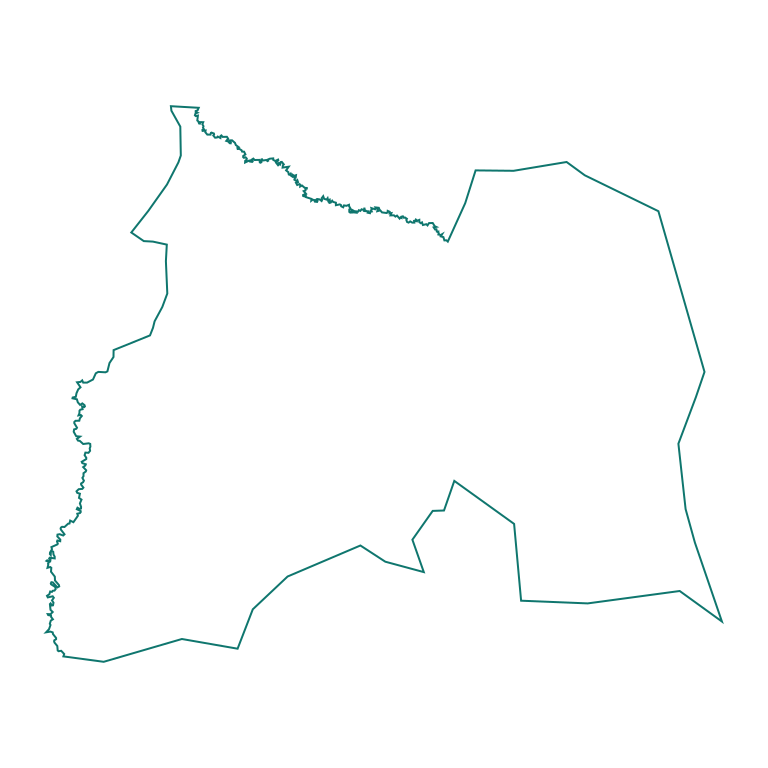 the district of Xongor, Darhan-Uul, Mongolia
{"feature_id": "93677404B92664087509678", "entity_name": "Xongor", "entity_type": "district", "adm_level": 2, "iso_a3": "MNG", "parent_name": "Mongolia", "parent_adm1": "Darhan-Uul", "projection": "orthographic", "projection_center": [106.116, 49.386], "detail": "fine", "context": "isolated", "style": "outline", "palette": "teal", "viewbox_px": 768, "rotation_deg": 0, "n_neighbors": 0, "source": "geoboundaries", "source_scale": "gbopen_adm2", "svg_char_len": 5943}
<svg xmlns="http://www.w3.org/2000/svg" viewBox="0 0 768 768"><path d="M423.8,572.1L412.4,539.7L432.7,510.9L444.0,510.5L454.3,480.9L514.1,523.9L521.1,600.7L587.7,603.4L679.7,591.0L721.9,621.5L694.9,542.6L685.6,509.1L678.4,443.7L695.9,397.1L704.5,371.9L658.4,211.2L584.8,175.3L566.6,162.0L513.6,170.8L475.6,170.4L465.2,203.2L447.8,241.6L446.4,240.3L444.4,240.4L443.4,237.1L440.8,236.4L442.1,234.2L440.7,235.0L438.4,234.5L438.8,233.2L438.1,232.4L438.3,231.5L436.8,231.5L436.4,229.3L435.1,229.5L433.7,227.4L436.2,226.9L434.7,226.2L432.7,223.0L429.0,223.1L427.5,225.4L426.3,224.2L422.9,225.0L422.0,222.4L420.8,223.2L419.4,222.2L419.3,219.9L417.4,220.7L415.8,219.5L415.4,220.2L416.1,221.2L414.1,221.0L414.3,222.6L412.2,222.6L410.2,221.4L408.6,222.6L407.1,222.0L406.3,219.9L406.9,218.8L405.0,217.5L404.0,217.8L402.9,216.3L401.4,216.7L401.5,218.0L400.4,217.6L399.6,218.6L397.0,215.6L395.4,216.6L393.9,215.3L390.5,215.4L391.4,213.1L389.6,213.4L389.7,211.8L387.7,210.9L387.5,212.5L386.6,213.0L382.0,212.4L380.3,210.4L377.3,211.2L377.9,208.7L379.1,208.6L378.8,207.8L375.4,207.4L375.9,208.5L375.2,209.3L371.4,208.1L371.8,209.5L371.0,210.3L371.7,211.5L370.3,211.8L370.0,213.2L367.7,212.7L368.2,211.3L365.1,211.1L365.7,210.6L364.6,209.8L364.5,207.7L363.8,210.1L361.6,209.3L360.3,210.9L358.9,210.2L358.0,211.7L356.5,211.4L356.7,212.7L353.9,212.4L354.7,211.3L352.3,210.0L351.3,211.3L352.4,211.7L352.4,212.5L350.2,212.6L349.3,211.9L349.3,209.5L350.8,209.1L349.1,206.2L349.0,204.8L346.4,205.8L344.0,205.4L343.2,207.3L341.2,206.3L341.1,205.2L339.8,204.4L335.9,205.2L335.9,202.7L333.1,201.9L332.2,200.7L330.7,202.6L329.4,202.9L328.8,201.9L329.9,200.9L329.7,199.7L328.2,200.8L327.6,198.2L326.6,199.6L324.1,198.8L323.2,196.2L321.7,198.2L322.1,200.0L321.6,201.0L319.6,199.4L317.1,199.0L316.0,199.8L317.5,201.0L317.1,201.9L314.8,201.6L314.2,200.0L312.6,199.7L311.3,200.7L311.5,198.9L305.9,197.1L305.8,195.4L304.3,196.4L303.1,195.9L303.1,195.0L306.0,193.8L303.7,191.1L305.5,190.4L305.5,188.8L306.8,188.6L306.8,188.0L304.7,187.8L302.0,185.5L300.2,186.5L300.3,184.9L299.6,184.1L297.2,185.0L296.0,182.8L298.0,182.1L297.3,180.1L296.3,181.0L294.4,179.7L294.8,178.8L294.4,177.4L295.7,177.5L296.0,175.2L294.2,175.8L293.0,175.0L293.3,176.5L292.8,176.9L291.1,175.8L290.6,173.8L289.7,174.8L288.8,174.5L288.3,172.1L286.1,170.4L288.7,166.7L282.6,167.6L282.9,165.3L283.8,164.4L281.8,161.9L280.9,162.0L280.2,164.2L278.5,162.3L279.1,164.5L278.1,165.3L276.0,162.6L278.3,160.3L278.1,159.6L275.2,161.0L273.2,159.8L273.2,158.4L269.8,158.7L268.0,159.5L268.2,160.7L267.5,161.1L266.3,160.0L262.9,160.5L261.5,158.6L261.8,160.0L261.1,160.8L261.4,162.1L260.6,162.7L259.8,162.4L259.5,159.9L254.7,160.0L253.3,158.6L251.2,160.0L252.5,160.5L252.7,161.4L252.2,161.9L249.8,161.5L249.1,160.6L245.1,162.5L245.2,160.8L246.6,159.7L246.8,158.6L245.6,157.3L243.9,157.8L243.2,157.2L243.2,156.0L245.4,154.4L244.1,151.7L242.1,151.6L241.6,150.3L239.4,148.9L237.7,149.0L237.4,147.9L238.7,147.2L235.8,145.0L235.0,142.9L232.0,140.3L229.6,140.4L230.9,142.3L230.7,143.3L229.7,143.2L228.2,141.5L226.3,140.9L228.1,138.6L226.9,136.8L222.6,136.9L221.4,135.4L220.6,135.9L220.4,138.0L217.7,136.6L217.0,137.5L215.1,137.7L213.3,135.5L214.1,134.5L213.9,133.5L211.5,132.6L210.9,132.9L210.5,134.6L207.3,134.6L205.3,132.2L205.6,130.5L202.6,130.9L202.4,130.0L203.9,129.2L203.0,127.7L203.5,126.2L202.4,124.3L203.2,122.2L200.1,122.1L199.9,123.6L199.1,123.5L198.2,121.2L197.3,120.5L197.9,115.6L195.8,116.1L194.9,115.3L195.5,113.5L197.4,112.7L195.7,111.9L195.7,111.0L197.6,110.3L198.7,107.8L170.9,106.2L171.4,110.7L180.3,126.6L180.8,155.5L178.4,162.4L167.0,184.5L148.3,210.9L131.3,232.5L143.8,241.1L152.9,241.6L166.8,244.6L165.9,261.2L167.3,293.5L162.3,307.0L154.6,321.3L153.0,327.8L150.0,335.4L113.6,350.1L113.5,357.0L109.5,363.0L107.4,371.4L105.5,372.3L98.3,371.9L95.8,373.3L93.0,379.5L87.1,382.6L83.2,382.6L82.2,380.4L80.5,381.9L77.1,382.3L80.5,387.3L78.2,389.4L76.5,393.2L75.8,396.8L72.7,397.5L72.5,398.3L76.9,399.3L77.8,402.3L80.1,404.9L82.3,403.4L84.5,405.1L84.9,406.4L84.2,407.1L82.1,406.4L82.6,409.2L80.3,409.7L79.5,410.7L79.4,413.3L78.5,415.4L80.8,415.0L81.8,416.0L79.9,418.3L79.3,420.7L75.5,420.8L74.3,422.0L74.3,423.2L77.0,427.7L76.3,428.8L74.1,429.4L73.7,431.8L76.2,436.2L80.0,436.6L76.9,438.9L78.0,440.6L79.8,440.9L83.2,444.0L88.7,443.3L90.2,443.9L90.4,446.6L89.7,448.4L90.1,450.8L88.5,452.8L85.4,452.6L84.6,455.2L86.3,457.8L86.2,459.1L81.7,461.8L82.3,463.1L85.8,464.3L85.3,465.5L83.2,467.1L86.2,470.3L85.8,471.5L83.5,473.2L83.5,476.2L82.4,477.9L83.9,480.7L83.1,482.2L81.1,483.5L81.1,484.6L83.4,487.6L82.3,488.9L78.7,489.2L76.5,491.3L77.2,492.8L79.9,493.7L79.0,497.9L81.5,499.6L79.9,503.4L81.1,506.9L81.0,508.5L79.6,508.9L77.5,507.7L76.8,509.2L80.7,511.1L80.7,512.1L79.9,513.1L77.3,513.7L77.9,515.8L73.4,522.2L70.2,520.6L69.5,523.5L68.1,523.7L64.5,527.0L62.1,526.8L60.9,527.6L60.6,528.6L60.9,529.6L64.5,534.3L63.2,535.5L59.6,534.2L57.5,534.6L57.3,536.4L60.3,539.6L60.2,541.2L57.4,540.5L57.0,541.4L57.8,543.7L57.4,544.4L51.4,547.1L52.0,549.2L50.0,552.6L49.9,554.1L50.7,555.0L50.9,551.7L51.9,551.0L53.2,551.7L53.5,554.5L54.7,556.7L54.7,558.4L49.7,557.7L49.2,558.6L50.5,559.7L50.2,561.3L47.2,560.3L46.5,560.9L49.1,562.1L48.0,563.8L48.3,564.7L47.5,567.8L50.2,567.0L51.3,567.8L51.0,571.7L54.8,576.6L55.0,580.5L58.9,585.0L59.2,586.4L57.4,587.4L52.8,582.4L51.4,582.2L50.8,583.4L51.1,584.3L55.1,586.9L55.7,589.0L54.5,590.6L52.7,590.8L51.9,591.9L50.2,591.5L49.3,594.3L47.0,595.8L47.8,597.4L52.7,596.3L53.8,597.8L52.0,600.4L53.5,602.7L53.0,605.3L51.9,605.5L50.6,603.4L49.9,604.1L50.5,609.8L52.7,612.0L50.5,614.2L47.7,614.1L48.2,615.1L51.0,615.6L51.2,617.1L52.9,619.3L50.8,620.6L49.8,623.8L50.5,625.0L49.0,629.2L46.1,632.3L50.4,631.6L52.7,632.4L53.0,634.1L56.1,638.0L56.1,639.2L54.3,640.3L54.1,641.3L54.5,642.6L57.3,646.0L57.7,650.5L58.6,651.2L61.2,650.8L64.2,654.0L63.4,656.4L103.7,661.8L181.9,639.0L237.6,648.7L252.8,609.3L287.6,576.5L360.4,545.5L385.3,561.7L423.8,572.1Z" fill="none" stroke="#0f766e" stroke-width="2"/></svg>